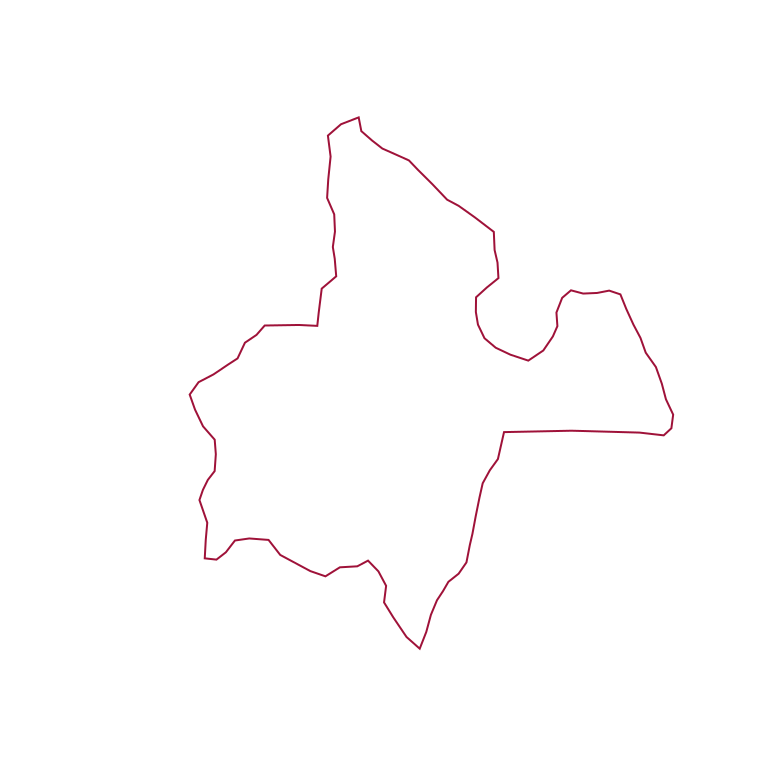 Japeri, Rio de Janeiro, Brazil (Natural Earth projection), rotated 146°
{"feature_id": "56859067B261437250670", "entity_name": "Japeri", "entity_type": "district", "adm_level": 2, "iso_a3": "BRA", "parent_name": "Brazil", "parent_adm1": "Rio de Janeiro", "projection": "natural_earth1", "projection_center": [-43.609, -22.666], "detail": "fine", "context": "isolated", "style": "outline", "palette": "rose", "viewbox_px": 768, "rotation_deg": 146, "n_neighbors": 0, "source": "geoboundaries", "source_scale": "gbopen_adm2", "svg_char_len": 1510}
<svg xmlns="http://www.w3.org/2000/svg" viewBox="0 0 768 768"><g transform="rotate(146 384 384)"><path d="M557.7,450.1L555.5,432.5L562.7,419.8L573.1,406.5L583.7,403.0L593.3,397.5L601.9,391.0L608.1,367.8L618.9,354.5L630.1,339.7L621.1,332.1L609.2,332.9L595.1,337.6L582.1,331.3L566.9,319.3L565.6,300.3L549.7,270.1L540.1,257.3L523.1,256.7L508.1,247.8L496.0,246.5L493.4,231.8L495.1,215.5L506.1,202.9L506.8,185.3L506.8,161.7L502.4,144.6L487.6,154.8L474.2,166.4L461.0,175.1L450.9,179.3L441.2,184.0L428.2,185.0L415.4,190.0L402.8,202.6L394.5,210.3L381.9,223.1L368.3,236.5L357.7,246.5L344.5,253.3L331.5,258.1L311.4,277.0L254.8,240.5L245.1,233.6L199.3,200.8L180.8,185.0L170.5,186.6L161.4,196.9L158.8,213.7L153.5,228.9L149.1,246.0L149.5,263.6L145.6,278.8L144.0,293.8L141.2,310.6L137.9,326.1L145.1,335.5L156.4,340.3L168.3,347.6L176.6,357.1L188.1,355.8L201.1,346.8L207.9,335.0L217.4,329.0L233.2,322.7L251.3,322.7L262.8,337.6L271.1,351.6L275.1,365.7L272.9,380.7L267.6,392.3L259.2,404.4L244.7,406.5L229.9,407.8L222.0,421.2L217.4,433.2L207.9,448.7L215.6,471.6L222.5,490.0L228.6,501.5L232.2,522.8L236.1,542.5L238.3,555.4L245.8,567.5L253.7,580.1L257.7,592.4L261.4,606.3L255.9,619.2L274.4,623.4L291.6,621.3L301.1,602.4L315.8,584.8L327.1,570.1L330.4,552.5L339.4,537.8L349.8,526.2L354.8,515.4L363.4,500.0L382.3,497.9L398.2,479.7L406.8,469.5L421.5,480.5L450.2,499.2L462.3,496.0L476.2,496.0L491.1,487.1L502.4,487.3L520.0,487.3L536.7,489.2L551.0,483.9L555.0,468.4L557.7,450.1Z" fill="none" stroke="#9f1239" stroke-width="2"/></g></svg>